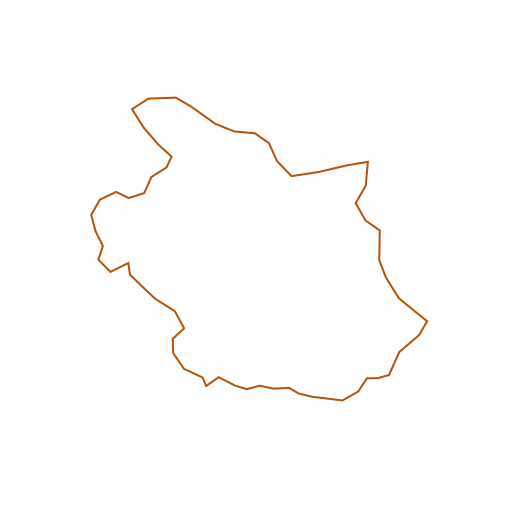 outline of Kalo Chorio Kapouti, Cyprus, rotated 30°
{"feature_id": "46923920B84708400671300", "entity_name": "Kalo Chorio Kapouti", "entity_type": "district", "adm_level": 2, "iso_a3": "CYP", "parent_name": "Cyprus", "parent_adm1": "", "projection": "orthographic", "projection_center": [33.028, 35.241], "detail": "fine", "context": "isolated", "style": "outline", "palette": "amber", "viewbox_px": 512, "rotation_deg": 30, "n_neighbors": 0, "source": "geoboundaries", "source_scale": "gbopen_adm2", "svg_char_len": 940}
<svg xmlns="http://www.w3.org/2000/svg" viewBox="0 0 512 512"><g transform="rotate(30 256 256)"><path d="M277.8,393.5L284.3,379.6L302.7,378.7L314.7,375.9L323.9,366.6L337.7,362.0L350.6,353.7L361.7,353.7L374.6,350.0L385.6,345.3L403.1,337.9L412.3,322.2L413.2,306.5L422.5,300.9L430.7,292.6L428.1,267.4L436.8,242.8L436.8,226.9L418.0,224.0L400.8,221.1L379.2,209.6L364.8,198.0L350.4,172.0L333.1,170.5L315.9,160.4L315.9,140.2L312.1,132.1L305.8,118.5L290.0,131.5L268.4,151.8L246.8,169.1L226.7,163.3L210.8,151.8L193.6,150.3L174.9,159.0L154.7,161.9L124.5,159.0L107.3,159.0L84.2,173.4L75.2,190.8L94.6,201.0L115.8,208.4L133.2,212.1L134.2,224.1L125.9,239.9L127.7,257.4L116.7,269.5L102.8,270.4L92.7,285.2L92.7,302.8L104.7,314.8L118.5,324.0L121.2,337.9L137.8,342.6L148.9,325.9L156.2,335.2L174.7,339.8L190.3,343.5L213.4,344.4L229.9,354.6L225.3,369.4L232.7,381.4L250.2,389.8L270.5,387.9L277.8,393.5Z" fill="none" stroke="#b45309" stroke-width="2"/></g></svg>